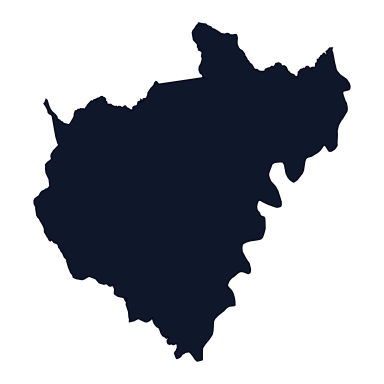 the district of Ansermanuevo, Valle del Cauca, Colombia
{"feature_id": "7082276B75435633270321", "entity_name": "Ansermanuevo", "entity_type": "district", "adm_level": 2, "iso_a3": "COL", "parent_name": "Colombia", "parent_adm1": "Valle del Cauca", "projection": "equal_earth", "projection_center": [-76.033, 4.79], "detail": "fine", "context": "isolated", "style": "filled", "palette": "ink", "viewbox_px": 384, "rotation_deg": 0, "n_neighbors": 0, "source": "geoboundaries", "source_scale": "gbopen_adm2", "svg_char_len": 5865}
<svg xmlns="http://www.w3.org/2000/svg" viewBox="0 0 384 384"><path d="M332.2,48.0L329.7,48.1L327.6,50.7L326.3,51.4L327.1,54.2L326.8,55.1L325.9,55.0L325.2,55.4L324.6,53.7L324.0,53.3L323.3,53.8L322.4,55.3L321.0,55.7L320.3,57.2L319.4,57.9L319.0,59.6L317.5,59.5L317.5,62.2L317.3,62.7L315.9,63.3L315.7,66.2L315.3,67.1L314.9,67.4L311.9,67.5L310.4,68.5L309.6,68.3L308.3,66.7L306.9,66.4L306.3,66.6L305.3,68.5L303.5,68.5L302.2,69.3L300.5,69.6L300.1,70.6L298.4,72.2L298.4,73.9L298.0,75.7L297.1,76.8L295.6,77.0L293.8,74.9L290.4,73.6L288.9,71.8L287.8,71.1L286.0,67.1L284.2,65.9L282.2,66.2L281.3,65.4L280.6,63.9L278.6,63.0L275.9,63.6L275.5,64.7L273.7,67.1L271.8,66.4L269.8,68.0L268.3,68.1L265.6,69.3L265.0,70.8L264.3,71.4L261.0,71.6L258.7,71.0L257.1,69.6L255.2,69.6L254.2,69.0L251.6,64.6L249.3,63.0L248.5,61.1L247.4,60.5L246.4,58.0L245.0,56.1L244.2,53.6L242.1,50.9L239.6,49.4L238.2,47.5L237.0,44.3L236.9,41.8L237.2,37.6L236.4,34.9L234.8,34.6L233.3,35.1L229.7,34.9L228.8,33.8L227.0,33.5L224.8,34.3L220.8,33.7L219.2,32.3L214.6,29.5L212.0,28.6L210.9,27.0L207.2,25.6L205.6,24.1L202.5,23.9L198.8,23.0L197.6,24.8L196.7,25.4L194.6,29.0L193.2,30.5L192.4,32.8L193.5,39.4L193.9,40.2L197.6,44.1L197.6,46.9L198.4,48.1L198.6,49.8L201.6,51.3L202.2,52.3L202.2,53.3L201.6,56.4L202.3,57.5L202.3,59.6L201.1,63.7L199.4,66.8L199.1,69.6L200.1,72.7L201.1,73.8L202.3,74.2L203.2,77.1L204.0,77.7L159.1,84.3L158.1,83.8L156.6,81.9L155.9,81.7L154.9,82.7L154.3,84.5L153.2,86.3L151.1,88.3L148.2,92.7L147.7,95.6L146.6,98.0L145.4,99.0L144.3,98.7L143.3,99.0L143.2,100.4L142.9,100.8L142.4,100.8L141.0,99.8L141.1,101.1L140.5,102.0L140.1,101.4L139.7,101.9L139.1,101.6L138.2,102.0L137.4,105.4L136.1,106.2L134.8,106.2L133.6,106.8L133.0,107.5L133.0,109.3L132.5,110.3L129.9,109.9L128.8,108.8L126.9,107.9L125.2,106.0L124.3,106.2L123.6,107.1L122.8,107.6L121.5,107.5L120.4,106.7L118.5,106.5L118.0,107.3L117.4,107.3L116.3,106.4L115.0,106.7L113.5,106.4L112.8,105.8L111.9,105.5L110.7,104.4L109.9,104.8L108.9,104.4L107.4,104.5L107.0,103.9L106.5,101.8L105.3,101.2L105.4,99.2L104.7,98.1L104.1,97.7L103.3,97.9L102.5,96.7L101.1,96.7L99.3,98.0L97.7,98.3L96.2,99.3L93.9,100.0L92.6,101.5L91.3,101.0L87.2,105.5L86.9,107.0L86.0,107.4L85.8,108.3L84.6,109.5L83.5,108.9L82.6,109.1L82.2,108.9L81.5,109.3L80.5,108.8L79.5,109.6L78.0,109.5L77.3,110.6L75.5,111.0L74.4,113.8L74.4,115.8L73.9,117.3L70.8,122.8L69.1,124.9L63.5,123.5L61.9,121.8L60.8,121.6L59.7,120.3L57.4,119.1L56.6,116.4L54.6,114.1L51.8,111.6L50.1,109.2L48.6,105.7L47.1,100.5L46.1,99.5L45.1,102.3L44.1,103.6L45.8,106.0L47.8,109.8L48.3,112.4L49.3,113.6L51.4,114.6L52.4,116.3L56.0,136.7L58.0,143.3L59.1,145.0L53.4,151.0L51.4,154.3L51.1,156.8L51.7,158.2L51.1,159.9L47.7,162.3L45.6,164.7L45.8,165.7L45.7,168.6L46.2,173.0L49.2,179.1L50.0,186.3L47.6,188.8L45.8,189.2L44.8,190.1L42.0,191.4L40.6,193.0L39.0,196.0L35.1,198.6L34.1,200.7L34.3,203.8L36.0,207.1L35.9,208.8L36.9,215.3L37.8,217.0L39.6,218.8L39.9,219.8L43.1,225.2L44.5,228.5L44.6,232.0L46.6,235.2L47.2,236.5L48.3,237.9L49.3,240.1L50.2,240.7L51.5,239.6L52.6,240.6L54.2,242.5L57.0,243.5L58.2,244.6L58.9,247.5L60.7,249.6L61.0,250.9L62.7,253.0L64.4,257.0L66.8,259.4L66.9,261.2L68.8,267.7L70.8,272.5L72.9,275.1L73.3,277.1L76.2,278.5L81.9,279.5L83.9,279.0L88.1,276.5L89.6,276.3L95.7,278.6L99.2,282.7L103.8,284.1L105.9,283.6L107.1,283.7L108.9,285.6L110.0,286.0L112.3,285.5L113.3,285.6L114.7,288.8L114.5,293.6L115.1,294.3L118.3,296.3L123.1,297.2L124.3,298.0L125.3,300.2L125.7,298.6L126.3,299.5L126.6,300.6L126.6,302.8L126.3,304.5L128.7,311.8L129.1,317.1L129.2,317.9L129.7,318.7L129.5,321.6L133.5,320.8L137.8,318.6L138.6,318.5L145.0,321.6L146.9,321.8L149.5,320.5L151.3,318.8L152.6,318.2L153.7,322.1L154.5,323.7L156.2,325.9L157.2,326.8L158.9,327.5L160.1,329.9L161.3,333.5L162.8,335.7L165.1,336.9L165.8,337.7L166.6,338.1L167.8,337.1L168.4,337.1L168.3,337.7L168.6,338.8L167.2,340.8L167.5,342.5L168.2,343.7L169.9,344.3L171.0,343.2L172.4,344.3L173.8,344.5L176.0,343.4L176.9,343.8L177.5,345.2L177.4,346.4L177.6,347.6L176.8,349.2L176.6,350.5L175.5,351.5L174.6,353.2L176.2,357.5L176.8,358.4L177.6,358.3L179.8,357.1L180.6,356.4L182.2,354.0L183.9,353.4L185.1,352.3L188.6,351.7L189.3,351.8L190.6,352.8L193.5,356.5L194.8,358.7L196.8,360.7L197.4,361.0L202.2,359.7L202.2,350.7L202.5,347.8L204.9,344.1L209.2,338.9L212.1,334.4L212.9,330.4L213.3,322.2L213.5,321.0L214.7,318.6L217.9,315.2L224.0,310.4L225.9,308.2L227.6,306.9L229.5,306.0L234.2,305.5L234.9,305.0L234.7,301.0L234.0,297.1L233.0,293.7L231.6,290.9L228.0,287.0L227.3,285.8L227.6,283.9L229.1,280.5L231.6,277.7L234.2,276.0L238.0,272.6L240.1,271.5L243.0,271.5L248.2,273.5L249.4,273.0L250.1,272.1L250.4,269.3L249.1,263.7L246.1,259.4L242.1,251.9L241.7,248.1L242.2,244.4L243.2,243.5L245.8,242.0L250.1,240.7L257.7,239.6L260.8,238.8L261.8,237.9L262.5,236.9L263.7,233.5L265.0,228.5L264.7,218.6L264.1,217.3L260.9,216.1L260.4,215.6L259.1,212.6L257.3,210.6L256.7,209.0L256.5,206.5L256.9,203.9L257.8,201.5L258.7,200.1L260.8,200.3L263.6,202.0L268.6,204.3L275.8,206.9L277.5,207.1L280.0,206.5L280.8,205.9L281.1,204.8L281.1,201.9L277.8,191.3L275.4,186.8L270.5,181.3L268.9,177.4L268.4,175.2L268.5,173.2L271.9,164.0L274.0,162.6L275.9,162.1L280.6,161.7L282.9,161.9L284.6,164.7L286.2,173.2L288.0,177.0L289.7,179.2L291.2,180.5L293.4,181.9L293.9,181.9L297.0,179.7L302.3,173.0L303.3,170.4L304.7,161.4L305.6,158.8L306.6,157.7L308.5,156.8L311.2,156.2L317.9,152.1L320.4,149.8L323.6,145.0L324.6,145.1L326.0,146.1L328.8,150.7L329.3,151.1L331.1,151.1L332.5,150.4L334.6,148.9L336.7,146.1L337.0,144.8L336.8,143.1L337.2,135.1L337.0,130.8L338.0,126.2L338.3,125.1L340.9,120.4L342.5,118.3L346.2,112.2L347.0,110.5L347.1,109.6L347.0,107.1L346.2,103.1L345.0,101.0L344.3,99.1L342.8,94.7L342.5,92.4L342.7,91.6L343.3,91.0L348.9,89.6L349.7,88.4L349.9,86.3L349.1,83.5L346.8,80.1L345.9,79.1L339.9,74.9L337.0,71.4L336.2,70.1L334.4,62.6L332.6,52.9L331.8,50.7L331.7,49.5L332.2,48.0Z" fill="#0f172a" stroke="#020617" stroke-width="1.5"/></svg>